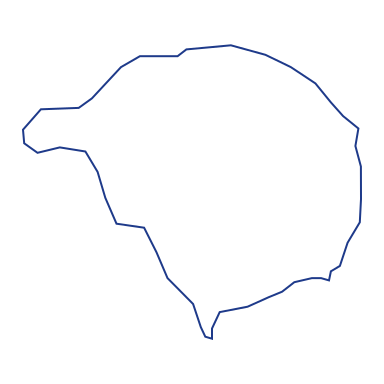 the border of Zajas
{"feature_id": "MKD-2950", "entity_name": "Zajas", "entity_type": "Statistical Region", "adm_level": 1, "iso_a3": "MKD", "parent_name": "North Macedonia", "parent_adm1": "", "projection": "robinson", "projection_center": [20.899, 41.593], "detail": "fine", "context": "isolated", "style": "outline", "palette": "blue", "viewbox_px": 384, "rotation_deg": 0, "n_neighbors": 0, "source": "natural_earth", "source_scale": "10m", "svg_char_len": 694}
<svg xmlns="http://www.w3.org/2000/svg" viewBox="0 0 384 384"><path d="M358.4,128.5L355.4,146.0L360.9,166.5L361.0,199.2L359.8,222.3L347.6,242.7L339.9,265.9L330.9,271.3L329.0,280.4L321.0,278.1L312.0,278.1L294.3,282.2L282.1,291.7L268.7,297.2L247.6,306.7L219.7,312.1L212.0,328.5L212.0,338.7L205.3,336.7L200.8,327.1L193.1,304.0L167.5,278.1L156.5,252.3L144.1,227.7L116.5,223.7L105.3,197.8L97.6,171.9L85.4,151.5L66.7,148.5L59.8,147.4L37.5,152.8L24.2,143.3L23.0,129.7L40.9,109.3L78.7,107.9L91.9,98.4L121.0,67.1L139.9,56.2L155.3,56.2L177.6,56.2L186.4,49.4L212.7,47.0L230.9,45.3L265.4,54.8L290.8,67.1L315.4,83.4L330.9,102.4L343.1,116.1L358.4,128.5Z" fill="none" stroke="#1e3a8a" stroke-width="2"/></svg>